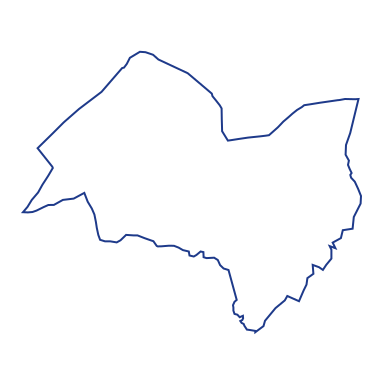 Delikipos, Larnaca, Cyprus
{"feature_id": "46923920B27149964753728", "entity_name": "Delikipos", "entity_type": "district", "adm_level": 2, "iso_a3": "CYP", "parent_name": "Cyprus", "parent_adm1": "Larnaca", "projection": "robinson", "projection_center": [33.34, 34.921], "detail": "fine", "context": "isolated", "style": "outline", "palette": "blue", "viewbox_px": 384, "rotation_deg": 0, "n_neighbors": 0, "source": "geoboundaries", "source_scale": "gbopen_adm2", "svg_char_len": 1986}
<svg xmlns="http://www.w3.org/2000/svg" viewBox="0 0 384 384"><path d="M153.1,54.8L152.3,54.5L145.5,52.2L139.9,51.8L129.9,57.8L126.8,63.9L124.0,67.6L122.1,68.1L101.5,91.9L79.0,109.0L65.5,120.8L63.5,122.6L52.7,133.4L37.6,148.2L52.3,166.7L52.8,168.0L48.4,175.5L45.9,179.4L42.5,184.6L38.1,192.5L31.8,199.9L27.5,206.9L23.0,212.2L27.9,212.4L32.5,212.0L36.5,210.6L43.6,207.1L48.3,205.0L53.9,204.9L62.9,199.9L73.7,198.6L84.3,192.9L87.7,201.7L91.8,208.5L94.4,214.5L95.9,222.0L96.8,227.9L98.3,234.9L100.1,239.8L104.9,241.3L110.0,241.3L116.7,242.4L120.5,240.3L126.1,234.9L133.6,235.4L137.5,235.4L144.7,238.2L150.7,240.3L153.4,241.2L156.7,245.9L157.7,246.4L161.5,246.3L169.1,245.7L174.0,245.8L178.6,247.6L182.9,250.1L188.8,251.5L189.5,255.5L193.8,256.5L196.4,255.0L200.6,251.5L203.4,252.1L203.6,257.2L206.5,258.1L214.1,257.7L217.8,260.0L220.1,265.1L223.6,268.5L228.5,270.0L236.7,299.9L234.5,301.8L233.0,305.2L233.4,307.5L233.4,310.6L234.5,313.9L237.4,314.7L239.7,317.2L242.9,315.8L243.1,318.3L242.3,320.0L240.3,321.0L241.6,322.9L243.7,324.0L244.4,325.8L246.9,329.6L249.9,330.0L255.3,330.9L255.3,332.2L263.5,326.1L265.0,320.8L275.5,308.1L284.8,300.4L287.3,296.0L299.0,301.2L303.7,290.3L306.5,284.6L307.4,278.1L313.4,273.8L312.7,264.9L319.0,267.2L322.9,269.9L326.2,264.9L331.4,258.6L331.4,249.7L329.7,246.1L335.4,248.2L332.7,242.6L340.9,238.1L342.8,230.2L352.6,228.7L353.8,217.0L360.6,203.6L361.0,196.0L358.1,188.8L354.8,181.7L351.1,177.7L350.3,174.9L351.6,173.0L349.6,168.8L348.0,164.9L348.9,160.6L345.6,154.7L346.0,145.0L350.2,133.1L358.5,99.0L355.6,99.2L353.6,99.2L345.0,99.0L340.2,99.9L338.8,100.1L338.3,100.1L320.2,102.7L309.6,104.4L304.2,105.2L301.8,107.1L297.0,110.0L292.4,113.7L288.8,116.9L283.3,121.6L277.8,127.4L269.0,135.2L265.6,135.7L260.6,136.3L248.0,137.6L238.5,139.0L230.8,140.2L227.9,140.6L222.1,131.2L222.0,126.7L221.8,120.2L221.6,108.4L219.7,105.2L215.6,100.0L212.5,96.2L211.8,93.6L198.0,81.9L187.7,73.2L158.4,59.5L153.1,54.8Z" fill="none" stroke="#1e3a8a" stroke-width="2"/></svg>